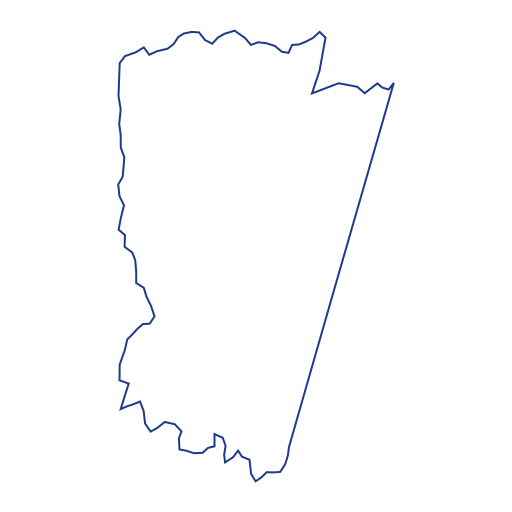 outline of Fagundes, Paraíba, Brazil
{"feature_id": "56859067B80909638859230", "entity_name": "Fagundes", "entity_type": "district", "adm_level": 2, "iso_a3": "BRA", "parent_name": "Brazil", "parent_adm1": "Paraíba", "projection": "equal_earth", "projection_center": [-35.795, -7.4], "detail": "fine", "context": "isolated", "style": "outline", "palette": "blue", "viewbox_px": 512, "rotation_deg": 0, "n_neighbors": 0, "source": "geoboundaries", "source_scale": "gbopen_adm2", "svg_char_len": 1430}
<svg xmlns="http://www.w3.org/2000/svg" viewBox="0 0 512 512"><path d="M287.9,455.4L288.9,447.3L330.3,303.0L372.0,158.5L393.8,82.9L388.7,89.5L382.3,87.6L377.4,83.4L364.7,93.2L357.3,86.8L346.0,84.6L338.4,83.3L312.0,93.4L319.6,70.5L325.5,37.6L319.6,31.9L312.9,38.0L305.6,41.8L298.9,44.5L292.1,44.9L288.5,52.8L281.9,51.8L274.8,45.9L266.1,43.2L258.1,42.3L251.0,44.9L245.0,38.0L234.6,30.7L224.4,33.8L218.0,37.5L212.2,43.7L205.1,40.1L199.0,32.4L191.4,31.9L183.6,33.6L178.2,37.1L173.7,44.0L167.6,48.7L156.7,51.3L149.3,54.8L143.8,47.4L135.8,52.3L125.0,56.1L119.7,63.1L118.5,95.9L120.7,109.4L119.2,124.0L120.7,135.1L120.8,147.7L124.3,157.2L123.6,166.3L122.7,176.7L118.2,184.5L119.5,196.2L124.0,205.3L120.8,218.3L118.6,229.7L125.0,235.1L124.6,246.8L132.3,252.6L135.2,260.1L136.2,271.7L136.2,283.0L143.8,287.8L146.5,296.8L151.0,305.8L154.5,316.3L149.7,323.7L143.0,324.0L137.5,328.7L132.7,334.0L127.2,339.5L125.0,349.5L119.7,364.6L119.5,380.3L128.7,383.6L125.0,395.2L120.7,409.1L126.6,406.5L133.2,404.3L140.0,401.5L143.6,410.9L145.1,423.5L150.6,431.6L157.0,428.1L164.7,422.0L174.7,424.2L181.5,431.3L178.9,438.5L179.5,449.5L186.0,450.6L193.9,453.2L202.6,452.8L208.0,447.9L214.5,446.3L214.5,434.1L222.7,437.7L225.6,445.9L224.1,454.8L225.1,462.4L233.1,457.2L238.1,450.6L242.0,456.7L249.5,459.7L251.1,473.9L255.6,481.3L261.4,477.4L266.7,472.2L274.1,472.4L280.2,471.9L285.1,464.4L287.9,455.4Z" fill="none" stroke="#1e3a8a" stroke-width="2"/></svg>